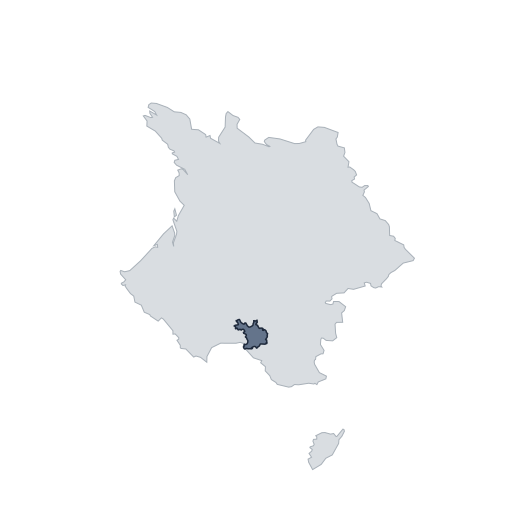 Gard highlighted on a map of France, rotated 33°
{"feature_id": "FRA-5293", "entity_name": "Gard", "entity_type": "Metropolitan department", "adm_level": 1, "iso_a3": "FRA", "parent_name": "France", "parent_adm1": "", "projection": "natural_earth1", "projection_center": [4.221, 43.959], "detail": "fine", "context": "in_parent", "style": "filled", "palette": "slate", "viewbox_px": 512, "rotation_deg": 33, "n_neighbors": 0, "source": "natural_earth", "source_scale": "10m", "svg_char_len": 6988}
<svg xmlns="http://www.w3.org/2000/svg" viewBox="0 0 512 512"><g transform="rotate(33 256 256)"><path d="M378.4,213.5L375.6,214.9L373.8,217.7L372.0,218.4L368.7,218.4L367.0,216.6L363.0,217.8L361.4,219.6L363.9,221.7L356.0,230.8L350.9,233.1L349.9,239.0L343.9,243.4L341.7,248.1L341.6,249.0L343.1,250.5L342.5,253.6L339.4,255.5L339.5,257.5L340.3,257.8L345.0,256.2L346.7,254.4L345.8,251.9L350.4,249.0L358.8,249.7L359.8,253.7L358.8,257.1L364.8,264.4L359.7,267.8L359.4,270.1L364.8,277.4L368.2,280.5L366.5,285.4L360.8,288.6L357.2,288.3L355.6,289.1L355.8,290.7L358.3,295.2L364.5,298.1L365.5,301.5L363.8,302.7L361.0,307.8L362.3,310.3L361.8,311.5L362.5,313.2L364.1,314.9L372.7,319.3L380.5,318.4L381.5,321.0L376.8,327.7L377.1,330.7L374.7,330.7L374.3,331.8L369.5,334.0L361.9,340.8L358.3,342.8L356.9,346.3L354.8,348.2L343.7,352.1L341.6,351.2L336.2,351.3L332.8,348.9L326.3,347.3L324.2,343.7L318.1,343.0L317.8,340.6L309.3,342.8L297.4,339.6L293.2,336.1L289.8,337.0L286.7,340.1L273.8,348.4L268.7,357.0L269.6,367.0L272.6,371.9L264.7,371.2L260.1,372.6L258.8,374.7L247.8,372.2L243.6,374.3L242.5,374.2L241.1,372.1L235.6,369.7L236.5,368.0L235.8,366.6L230.7,365.4L228.9,366.8L227.0,363.9L212.7,359.4L210.4,359.4L209.4,363.9L200.2,363.8L198.8,363.0L192.9,364.0L186.6,359.7L179.6,360.6L175.3,356.2L171.2,355.9L165.3,353.7L162.6,352.5L162.3,351.2L160.5,353.2L158.3,352.8L157.9,352.2L159.3,349.7L159.7,346.9L152.3,344.9L150.4,342.9L150.4,341.8L154.4,340.8L158.1,337.0L161.8,322.9L164.6,306.3L166.5,303.2L168.8,302.3L167.0,300.0L164.7,303.0L166.4,287.8L169.2,276.4L175.3,281.1L176.7,283.1L178.4,289.9L181.8,292.8L179.6,290.0L177.5,281.0L176.2,278.4L166.6,270.9L166.3,269.1L170.6,270.0L168.9,264.4L168.2,252.6L162.3,251.4L152.9,246.4L146.6,237.4L146.0,234.0L147.8,230.4L146.3,228.2L143.6,226.6L145.8,223.6L147.8,223.2L154.5,225.0L149.0,222.1L140.0,223.1L136.4,222.1L135.8,219.9L138.4,217.2L135.4,215.5L130.2,215.9L129.6,215.2L131.2,213.2L129.9,212.5L125.7,213.3L123.3,212.6L121.1,210.4L114.3,209.9L112.8,208.6L103.5,206.1L93.7,206.5L91.1,202.1L85.2,199.9L86.4,198.5L92.5,197.2L93.7,196.0L89.4,194.2L87.9,192.3L95.9,191.9L92.4,190.0L84.6,190.1L83.7,187.5L84.8,184.8L89.4,182.3L100.7,179.7L108.9,179.6L114.8,176.5L120.5,175.6L125.9,177.2L133.0,184.8L139.0,181.5L147.7,181.6L149.4,183.5L151.8,180.0L153.7,182.0L164.4,181.3L161.9,180.0L160.0,176.7L159.9,164.7L154.7,156.0L153.4,152.8L153.8,150.2L160.2,150.7L165.4,149.5L168.0,150.3L168.4,155.9L170.6,159.1L185.2,160.1L193.6,161.8L200.7,158.7L207.4,157.3L207.9,156.5L204.1,156.8L200.6,155.5L200.2,154.0L202.1,149.6L212.3,144.8L227.2,140.7L231.1,138.0L235.5,133.0L234.5,131.8L235.4,118.4L237.6,114.0L243.3,110.9L257.6,107.7L259.4,111.9L259.3,114.3L263.0,118.1L264.9,119.2L271.2,117.2L274.2,120.7L275.1,124.6L282.6,126.3L284.8,131.4L286.2,130.3L291.0,130.5L293.2,131.0L296.2,133.2L295.3,136.3L296.7,137.8L295.3,140.6L296.3,141.8L305.0,141.8L307.6,140.6L308.8,137.7L311.4,136.0L312.4,136.5L310.7,141.9L312.0,143.2L312.6,147.0L315.9,147.3L322.3,150.3L327.7,155.4L334.4,154.6L339.7,157.4L345.1,155.9L350.2,157.4L352.0,158.9L356.9,166.0L360.6,164.5L363.2,165.4L364.0,167.4L373.8,166.2L375.6,168.2L377.7,169.0L390.1,171.6L390.3,174.3L383.3,181.8L380.3,192.6L378.2,196.4L377.5,199.2L378.1,201.1L377.8,204.0L376.4,211.0L377.2,213.1L378.4,213.5ZM426.2,360.4L425.6,364.9L427.4,368.2L428.3,381.3L424.7,387.6L424.2,395.2L419.8,404.3L412.5,400.3L410.3,398.0L412.2,394.5L408.0,392.7L409.0,389.3L408.5,387.6L405.6,387.4L405.4,386.5L407.5,383.9L407.4,382.3L404.6,380.3L404.1,378.5L406.7,376.5L405.5,374.6L404.0,374.2L407.5,368.3L410.0,366.5L415.5,364.8L417.8,362.6L421.5,363.8L422.1,363.2L423.2,353.8L424.4,353.7L425.6,354.9L426.2,360.4ZM167.1,265.1L166.2,267.7L162.6,263.1L162.2,260.6L167.1,265.1Z" fill="#d9dde1" stroke="#a8b0b8" stroke-width="1"/><path d="M297.0,340.2L296.4,340.0L295.9,339.8L295.2,339.3L294.8,338.6L295.2,337.9L294.5,337.3L294.4,337.1L294.4,336.3L295.7,335.8L296.3,334.6L296.2,333.1L295.4,331.6L295.1,331.3L294.0,330.8L292.6,329.8L291.5,329.7L291.2,329.6L291.2,329.3L291.2,328.2L291.1,327.8L290.8,327.5L290.5,327.2L289.6,327.2L287.8,327.5L287.1,326.9L287.7,325.5L286.7,324.6L285.2,324.4L284.2,325.2L284.0,325.9L283.9,326.2L283.5,326.2L283.0,326.1L282.4,326.2L281.8,327.3L281.4,327.6L280.9,327.6L280.1,327.0L279.6,326.8L279.2,327.0L279.1,327.3L279.0,327.7L278.8,328.0L278.5,328.1L278.2,327.9L278.0,327.6L277.6,326.7L277.2,326.5L275.9,326.5L276.3,325.4L276.5,325.2L277.2,324.7L277.3,324.5L277.6,324.2L278.4,323.5L278.4,323.4L278.5,323.3L278.5,323.1L278.3,322.8L278.1,322.7L277.6,322.3L277.2,322.0L277.0,321.9L276.8,321.8L276.4,321.8L276.2,321.8L276.0,321.6L275.9,321.4L275.7,321.3L275.3,321.4L275.1,321.4L274.9,321.3L274.7,321.2L274.6,320.9L274.8,320.7L275.3,320.5L275.5,320.3L275.6,320.0L275.5,319.6L275.6,319.4L275.9,318.9L276.8,318.3L279.3,319.8L280.2,320.0L282.6,319.9L283.1,319.6L283.2,319.0L283.1,318.5L283.3,318.1L284.0,317.8L284.4,318.0L286.9,319.3L288.7,319.5L288.9,319.5L290.0,318.4L290.9,316.6L291.1,315.9L291.0,315.4L290.4,314.1L290.3,313.1L290.2,312.7L289.4,311.5L289.8,311.2L290.6,311.1L291.0,310.8L291.6,309.7L291.8,309.4L292.5,310.0L292.8,310.7L293.2,311.1L293.2,311.4L293.1,311.5L292.9,311.7L292.8,312.0L293.0,312.3L293.0,313.3L293.2,313.5L293.4,313.6L293.8,313.4L294.0,313.4L294.5,313.4L294.9,313.3L295.1,313.3L295.3,313.4L295.4,313.6L295.6,313.8L295.9,313.8L297.5,314.7L297.8,314.8L298.1,314.8L298.3,314.8L298.5,314.7L298.7,314.3L298.9,314.2L299.5,313.8L300.1,313.3L300.3,313.2L301.0,313.1L301.4,313.1L301.5,313.2L301.6,313.4L301.6,313.6L301.5,313.8L301.5,314.0L301.9,314.5L302.1,314.6L302.4,314.5L302.6,314.4L302.8,314.2L302.9,313.9L302.9,313.5L303.0,313.3L303.3,313.2L304.0,313.1L304.6,313.2L305.3,313.4L305.5,313.6L305.8,313.9L306.0,314.1L306.2,314.3L306.8,314.6L308.0,314.8L308.2,315.6L308.4,315.9L308.6,316.1L308.7,316.3L308.7,316.5L308.7,316.8L308.8,317.0L309.1,317.2L309.4,317.4L309.4,317.5L309.5,317.7L309.6,318.6L309.6,318.8L309.5,319.2L309.5,319.3L309.5,319.5L309.6,320.6L309.6,320.8L309.8,320.9L310.0,320.8L310.1,320.7L310.5,320.7L310.6,320.8L310.8,320.8L312.0,322.4L312.5,322.8L312.6,323.0L312.6,323.4L312.6,323.5L312.4,323.5L312.2,323.5L311.9,323.5L311.9,323.8L312.0,324.3L311.9,324.5L311.7,324.8L311.6,325.0L311.4,325.1L311.1,325.3L310.9,325.5L310.0,325.9L309.7,326.1L308.7,326.7L308.0,327.1L307.7,327.3L307.6,327.5L307.5,327.8L307.6,328.1L307.6,328.3L307.8,329.1L307.8,329.3L307.8,329.5L307.7,329.8L307.4,330.7L307.0,331.5L307.0,331.8L307.0,332.1L307.0,332.3L306.9,332.6L306.8,332.8L306.7,332.9L306.4,332.9L306.1,332.7L305.9,332.6L305.1,332.4L304.9,332.3L304.1,332.6L303.6,333.0L303.0,333.8L302.9,334.0L302.8,334.3L302.7,334.5L302.5,334.9L302.4,335.0L302.5,335.2L302.7,335.3L302.8,335.3L303.2,335.3L303.2,335.6L303.1,335.9L303.0,336.1L302.9,336.2L302.8,336.3L302.3,336.3L302.2,336.3L301.9,336.5L301.9,336.8L301.7,337.0L301.3,337.1L301.2,337.2L300.2,337.9L299.8,338.2L299.5,338.3L298.9,338.4L298.7,338.5L298.4,338.8L298.2,338.8L297.9,339.1L297.8,339.4L297.6,339.8L297.0,340.2Z" fill="#64748b" stroke="#1e293b" stroke-width="1.5"/></g></svg>